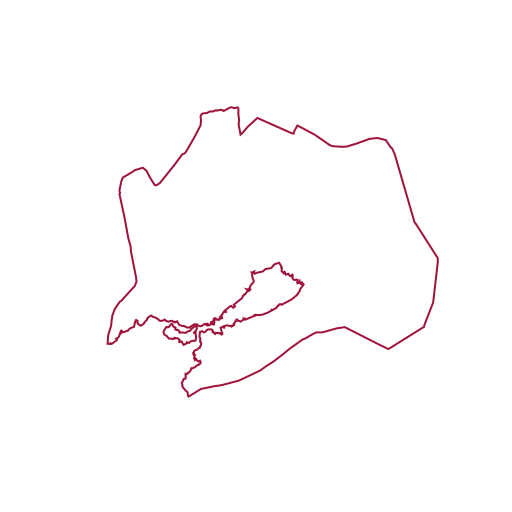 the district of Kota Kendari, Sulawesi Tenggara, Indonesia, rotated 148°
{"feature_id": "22746128B80961359079738", "entity_name": "Kota Kendari", "entity_type": "district", "adm_level": 2, "iso_a3": "IDN", "parent_name": "Indonesia", "parent_adm1": "Sulawesi Tenggara", "projection": "mercator", "projection_center": [122.584, -4.0], "detail": "fine", "context": "isolated", "style": "outline", "palette": "rose", "viewbox_px": 512, "rotation_deg": 148, "n_neighbors": 0, "source": "geoboundaries", "source_scale": "gbopen_adm2", "svg_char_len": 6147}
<svg xmlns="http://www.w3.org/2000/svg" viewBox="0 0 512 512"><g transform="rotate(148 256 256)"><path d="M84.4,268.8L83.6,274.8L83.8,276.4L84.2,276.6L84.5,285.6L90.6,291.8L97.7,295.2L111.3,298.1L121.0,300.7L125.3,303.1L132.8,308.5L134.7,311.0L141.9,327.7L151.7,344.7L156.7,342.0L159.4,339.9L160.6,341.1L181.7,372.3L194.9,369.9L201.6,367.7L204.8,367.1L201.0,376.8L198.4,380.1L195.6,386.0L192.7,390.5L192.9,391.8L196.1,392.9L197.8,395.0L199.5,395.7L206.4,396.1L207.0,396.5L207.1,397.6L207.9,398.4L212.2,400.1L212.9,400.9L215.8,401.3L218.5,403.0L221.9,403.3L225.7,405.1L227.3,405.0L228.7,404.1L229.4,403.2L230.6,400.3L233.9,396.1L245.6,389.2L257.6,382.8L261.3,381.0L262.5,380.9L264.6,381.3L276.8,376.5L298.6,368.9L300.9,368.7L303.6,369.0L304.3,370.1L304.3,379.5L303.7,386.4L305.2,390.8L313.2,393.0L316.6,392.8L327.3,393.1L330.4,390.9L334.5,386.7L336.8,384.3L337.5,383.0L337.7,381.7L339.0,380.8L346.7,359.4L354.9,338.6L357.4,330.2L359.8,325.7L368.8,302.0L370.9,297.6L374.8,294.8L394.0,289.4L396.1,289.3L404.0,285.8L410.0,281.1L410.5,280.0L412.3,278.3L415.7,273.7L423.1,267.4L428.4,260.2L426.5,258.9L425.6,259.1L425.5,258.2L424.5,257.9L418.8,258.4L418.1,258.8L418.4,260.0L416.5,259.8L415.1,260.2L410.1,264.2L409.5,263.9L409.5,263.5L411.0,263.0L411.3,262.1L410.0,262.5L408.2,261.3L406.1,261.1L404.3,260.5L402.4,261.2L400.6,261.3L396.9,260.6L394.3,263.4L391.9,265.3L391.5,265.2L390.9,264.0L391.0,263.2L392.0,262.2L392.0,260.8L390.6,257.9L387.2,258.0L386.1,258.4L386.0,258.8L382.2,259.7L381.9,260.3L379.9,261.1L376.5,261.1L376.2,260.8L375.9,259.4L373.7,256.7L372.3,253.7L372.3,252.6L370.9,251.2L368.7,250.5L367.1,250.5L366.8,248.9L365.3,246.8L363.1,246.3L361.5,245.5L360.9,243.9L360.3,243.6L360.5,243.4L360.2,243.0L359.9,243.2L359.5,242.6L357.4,242.3L357.7,241.3L357.5,238.0L355.4,235.5L354.2,234.9L352.3,231.7L351.7,231.7L350.2,230.4L349.8,230.4L349.8,230.7L344.6,230.8L342.2,229.2L341.9,227.4L340.1,225.7L338.7,225.4L336.0,225.7L333.2,224.4L333.0,224.0L334.5,223.6L334.0,222.8L333.2,222.4L332.1,222.0L330.7,222.2L329.8,221.6L329.5,222.1L329.4,223.6L328.6,223.7L328.3,223.1L328.8,222.2L328.8,221.4L328.1,220.2L327.7,220.3L327.2,221.1L327.5,223.1L327.1,222.9L327.3,223.3L326.3,223.8L325.8,223.4L325.6,223.6L325.4,224.9L324.4,225.3L323.3,224.6L324.1,223.7L323.9,223.2L321.4,222.2L321.5,221.5L321.1,221.5L320.7,222.2L317.7,221.2L317.3,222.4L317.8,223.1L318.7,223.1L318.7,223.5L317.0,223.4L316.8,224.0L315.5,224.2L314.7,225.0L311.8,226.1L311.7,224.6L311.0,224.5L311.1,226.2L304.3,227.1L303.6,226.9L302.8,224.2L300.5,224.4L300.7,226.4L290.1,227.7L287.9,229.2L286.9,229.2L286.3,229.6L285.6,229.3L281.2,231.0L281.5,232.5L280.7,231.6L280.0,231.7L280.0,231.3L280.7,231.1L280.4,230.1L278.4,230.7L278.7,231.6L279.8,231.4L279.8,231.9L279.2,231.7L276.7,233.6L274.0,234.7L272.7,234.8L271.2,235.8L270.3,239.9L268.9,242.9L268.3,243.4L268.3,244.0L267.4,243.1L267.4,244.0L266.0,243.8L267.1,243.0L266.7,242.7L267.2,241.9L266.5,242.5L266.5,241.7L264.6,241.5L258.5,239.3L254.7,239.9L249.9,237.8L249.0,237.8L245.9,239.0L243.8,239.1L241.6,238.3L240.3,238.3L239.9,237.4L240.1,232.9L240.8,232.7L240.7,231.5L242.3,229.7L242.2,228.5L241.7,227.6L240.2,227.6L240.1,226.9L241.4,226.2L240.3,225.4L240.5,224.3L238.0,223.9L237.8,221.3L237.3,220.4L235.1,220.9L235.0,220.2L236.8,218.1L236.7,216.7L236.3,215.3L234.1,214.5L233.4,213.7L234.9,212.0L235.3,210.9L234.3,210.7L232.5,211.5L233.3,210.0L233.0,209.3L232.7,209.4L232.8,208.7L232.4,208.1L231.1,209.1L230.7,206.6L236.3,204.4L236.9,203.6L240.8,201.6L240.8,201.8L242.6,201.1L248.9,200.3L260.2,201.1L260.4,202.0L261.5,202.6L262.5,202.5L262.9,202.0L263.9,202.2L265.4,201.8L265.8,201.2L270.7,201.4L271.2,202.1L271.8,201.5L275.7,201.7L282.3,203.0L286.5,205.4L287.1,206.2L288.3,206.7L288.8,206.6L288.7,206.0L298.8,207.7L298.6,208.8L299.6,208.7L299.8,209.4L300.2,208.7L303.8,208.5L305.5,211.1L305.9,211.1L305.8,212.3L306.3,212.4L306.5,211.4L308.2,211.6L309.3,210.6L310.7,210.5L311.2,209.0L313.9,209.2L313.6,209.8L314.7,210.0L317.3,212.5L320.5,213.7L320.7,213.4L319.9,213.1L321.0,212.1L322.4,213.7L324.1,213.9L325.5,209.1L325.3,208.6L325.8,207.8L326.7,207.6L327.1,207.7L327.3,209.0L328.0,209.7L327.8,209.9L329.4,211.3L329.9,211.2L330.8,212.1L332.0,211.6L332.1,213.1L332.4,213.1L333.0,214.4L332.5,214.5L332.2,215.5L332.5,217.2L335.5,219.2L337.2,219.2L338.6,218.6L340.4,218.8L340.9,219.1L341.5,220.8L343.8,221.3L346.9,217.3L346.7,215.8L347.5,215.1L347.8,213.9L348.9,213.1L348.4,211.4L350.0,209.4L350.9,209.2L352.4,207.9L353.5,208.3L355.1,207.9L356.4,207.8L357.2,208.3L359.1,208.1L360.2,206.5L360.4,205.3L361.0,205.4L361.1,205.7L361.3,205.1L360.7,205.0L360.3,204.4L361.0,204.2L361.8,202.8L362.8,202.2L362.8,201.5L361.5,201.1L361.4,200.8L362.2,200.2L361.3,200.2L361.4,198.8L360.7,197.0L358.9,196.8L359.4,194.8L360.7,194.2L361.8,194.4L361.9,194.1L364.4,194.5L367.0,194.0L368.2,194.5L369.4,194.4L370.2,195.1L370.9,194.8L371.9,193.7L374.1,192.7L375.4,193.1L376.4,192.4L378.1,193.5L379.0,192.2L379.0,191.5L379.8,190.9L379.8,190.4L380.9,189.3L382.4,190.1L384.9,188.3L386.0,188.0L386.7,185.6L387.2,185.4L387.6,183.4L387.0,179.3L386.2,176.7L387.7,173.7L387.7,172.5L373.1,172.4L360.9,167.9L353.6,164.7L336.6,159.4L313.5,156.7L304.8,157.2L297.7,157.2L284.9,158.4L276.9,159.5L261.0,160.5L258.2,160.0L249.6,159.7L245.3,159.2L240.3,156.1L225.7,151.8L218.4,148.6L199.4,117.1L193.5,107.6L192.6,106.9L150.9,106.9L149.7,108.3L130.4,122.7L105.2,154.3L103.0,157.9L103.4,198.6L103.7,200.6L84.4,268.8ZM356.6,218.2L354.2,217.5L352.7,216.4L351.8,216.6L350.2,218.2L347.9,223.1L349.2,223.3L349.2,223.9L348.4,223.7L347.9,224.3L347.3,223.9L344.2,226.2L344.0,228.6L346.3,228.7L350.3,228.1L351.5,227.4L353.9,228.2L356.2,228.0L359.4,230.5L361.0,231.1L361.5,232.0L360.9,232.7L361.3,234.6L361.6,235.1L362.6,235.3L363.4,236.7L362.2,237.9L363.6,240.2L363.0,242.3L363.4,243.2L364.7,243.1L367.4,242.0L368.6,242.2L369.2,243.2L369.7,243.3L373.4,241.6L374.7,240.6L375.3,238.9L375.3,237.7L374.0,235.2L373.7,232.2L371.2,230.5L370.8,229.8L368.9,229.1L368.5,229.7L366.0,227.6L365.3,225.2L365.5,224.2L366.3,224.4L366.7,223.7L366.3,223.4L365.0,223.5L364.2,222.4L364.5,221.2L364.5,219.0L360.8,218.6L360.3,219.5L358.7,217.7L356.6,218.2Z" fill="none" stroke="#9f1239" stroke-width="2"/></g></svg>